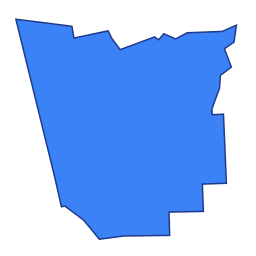 St. James, Louisiana, United States of America (Mercator projection), rotated 269°
{"feature_id": "52423323B72947560407101", "entity_name": "St. James", "entity_type": "district", "adm_level": 2, "iso_a3": "USA", "parent_name": "United States of America", "parent_adm1": "Louisiana", "projection": "mercator", "projection_center": [-90.779, 30.028], "detail": "fine", "context": "isolated", "style": "filled", "palette": "blue", "viewbox_px": 256, "rotation_deg": 269, "n_neighbors": 0, "source": "geoboundaries", "source_scale": "gbopen_adm2", "svg_char_len": 568}
<svg xmlns="http://www.w3.org/2000/svg" viewBox="0 0 256 256"><g transform="rotate(269 128 128)"><path d="M17.3,97.4L20.1,121.9L19.9,167.8L43.2,167.5L43.3,201.9L70.6,201.4L70.8,210.8L71.0,225.4L140.2,223.7L139.8,212.5L145.6,212.2L166.2,220.2L179.0,221.3L187.1,232.4L205.6,225.8L212.1,235.5L228.9,238.2L222.9,223.8L222.2,188.8L216.2,177.2L221.6,165.4L215.7,160.3L218.6,156.1L206.5,121.6L217.5,113.6L225.5,109.8L218.9,75.5L230.7,73.7L238.7,17.8L193.4,28.1L82.3,53.4L50.4,60.1L51.0,63.6L36.6,82.1L17.3,97.4Z" fill="#3b82f6" stroke="#1e3a8a" stroke-width="1.5"/></g></svg>